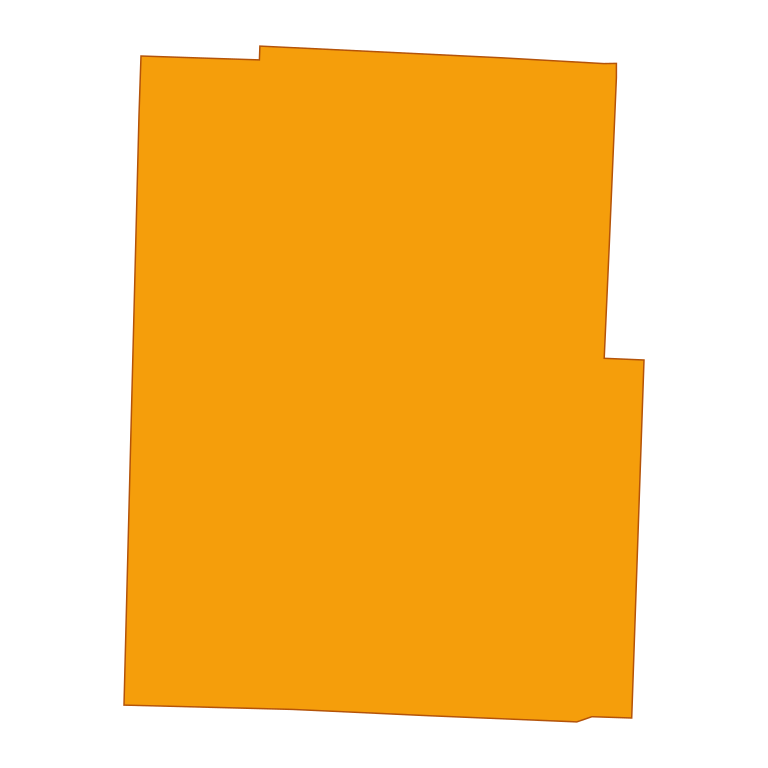 Johnson, Missouri, United States of America, rotated 90°
{"feature_id": "52423323B75740368728587", "entity_name": "Johnson", "entity_type": "district", "adm_level": 2, "iso_a3": "USA", "parent_name": "United States of America", "parent_adm1": "Missouri", "projection": "albers", "projection_center": [-93.816, 38.747], "detail": "fine", "context": "isolated", "style": "filled", "palette": "amber", "viewbox_px": 768, "rotation_deg": 90, "n_neighbors": 0, "source": "geoboundaries", "source_scale": "gbopen_adm2", "svg_char_len": 414}
<svg xmlns="http://www.w3.org/2000/svg" viewBox="0 0 768 768"><g transform="rotate(90 384 384)"><path d="M705.1,644.0L709.4,475.7L710.3,455.9L714.9,356.9L715.8,337.1L721.9,191.2L716.7,176.1L718.0,136.3L360.0,124.0L358.3,163.8L244.3,158.7L77.6,151.6L63.4,151.6L63.6,164.2L57.8,266.3L46.1,508.1L59.9,508.6L58.0,567.6L56.0,627.0L115.0,629.0L705.1,644.0Z" fill="#f59e0b" stroke="#b45309" stroke-width="1.5"/></g></svg>